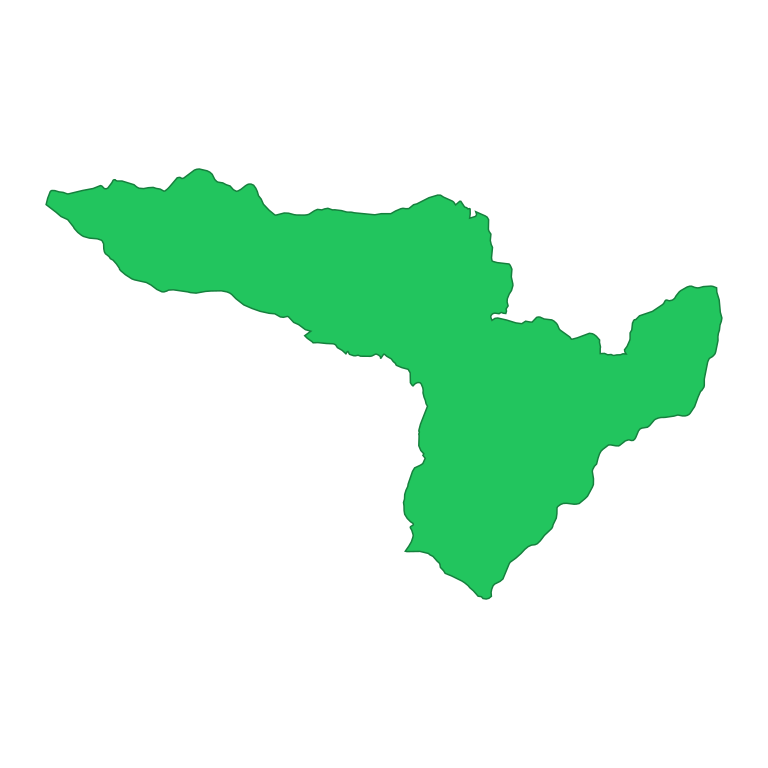 Sativasur, Boyacá, Colombia (Mercator projection)
{"feature_id": "7082276B82501132437521", "entity_name": "Sativasur", "entity_type": "district", "adm_level": 2, "iso_a3": "COL", "parent_name": "Colombia", "parent_adm1": "Boyacá", "projection": "mercator", "projection_center": [-72.718, 6.063], "detail": "fine", "context": "isolated", "style": "filled", "palette": "green", "viewbox_px": 768, "rotation_deg": 0, "n_neighbors": 0, "source": "geoboundaries", "source_scale": "gbopen_adm2", "svg_char_len": 6110}
<svg xmlns="http://www.w3.org/2000/svg" viewBox="0 0 768 768"><path d="M491.4,596.3L491.1,592.4L491.7,589.3L493.0,585.9L494.6,584.1L500.0,581.4L502.9,579.0L509.1,564.0L510.1,562.3L516.1,557.9L521.0,553.5L524.8,549.4L528.2,546.6L531.5,545.1L535.0,544.7L537.3,543.7L540.3,540.8L544.4,535.4L551.7,528.5L552.6,526.8L553.1,524.7L556.3,518.1L556.9,513.7L557.0,507.8L557.8,506.5L560.7,504.4L563.4,503.4L566.8,503.3L574.1,504.2L576.3,504.1L579.2,503.5L585.3,498.4L587.5,496.2L592.4,487.1L593.4,484.5L593.5,478.8L592.3,471.4L592.6,469.7L594.4,466.3L596.6,464.0L598.0,458.3L599.5,453.9L601.0,451.2L602.9,449.3L608.5,445.0L610.7,444.9L615.7,445.8L618.5,445.9L619.5,445.5L625.3,440.9L628.3,439.9L629.3,439.9L631.2,440.5L633.2,440.4L634.6,439.3L635.7,437.6L638.5,430.9L640.1,428.9L641.9,428.1L647.5,427.2L649.6,425.6L654.4,419.9L655.7,419.1L658.4,418.0L660.9,417.5L664.9,417.4L674.0,416.1L677.8,415.0L682.4,415.9L685.2,415.9L687.2,415.4L688.9,414.5L690.1,413.3L694.6,406.6L698.0,397.2L700.5,391.5L701.8,390.4L704.0,387.0L704.3,385.3L704.3,379.2L704.7,377.0L707.7,361.9L708.7,359.6L709.4,358.4L712.4,356.6L713.6,355.5L715.0,353.8L715.7,351.8L718.0,340.5L717.9,336.7L718.4,333.3L719.4,330.3L720.0,325.0L721.3,321.4L721.9,318.0L720.3,312.2L719.2,300.0L716.8,292.1L716.6,287.8L713.0,286.4L711.0,286.1L703.4,286.6L699.0,287.8L697.3,287.9L694.7,287.4L691.6,286.2L689.7,286.2L687.1,287.0L680.8,290.6L679.2,291.9L676.1,295.8L674.6,298.4L672.4,300.1L669.2,300.8L667.0,300.1L666.0,300.1L665.2,300.7L663.6,303.6L662.1,304.9L652.4,311.4L639.5,315.8L635.9,319.5L634.3,319.8L633.2,321.3L633.1,322.2L632.5,323.0L631.8,329.9L630.1,332.9L630.1,338.6L629.8,340.2L627.1,346.3L624.5,349.8L624.9,351.9L626.2,354.0L622.9,353.8L620.4,354.8L616.8,354.9L614.3,355.4L613.1,355.4L611.1,354.5L607.7,354.8L604.5,353.4L600.2,353.6L600.2,348.5L600.5,347.0L599.5,342.5L599.6,340.0L596.3,336.2L594.0,334.5L592.3,333.7L589.4,333.3L577.4,337.8L572.6,339.1L571.4,339.2L569.8,337.0L560.2,330.1L559.1,328.8L557.5,324.9L556.4,323.3L554.0,321.1L551.8,319.9L544.2,319.0L540.0,317.1L538.2,317.0L536.6,317.4L532.1,322.1L530.6,322.1L525.6,321.2L521.9,323.6L521.1,323.6L515.9,322.9L506.5,320.0L497.7,318.0L494.9,318.4L492.0,320.4L490.7,317.0L491.1,315.4L492.5,313.8L494.7,313.1L499.1,313.7L500.8,312.6L501.6,312.5L503.2,313.2L505.8,313.5L506.5,311.1L506.1,308.9L508.1,305.9L507.1,302.0L507.3,298.8L509.2,294.1L511.5,290.5L512.9,285.6L512.8,283.8L511.3,276.9L511.9,269.2L510.9,266.8L510.1,265.2L509.1,264.0L497.2,262.6L493.2,261.5L492.0,260.8L491.5,257.8L492.5,247.4L491.2,244.5L490.3,240.5L490.9,234.1L489.0,231.3L488.4,229.3L488.6,219.7L487.2,217.2L485.2,215.9L475.7,211.7L476.6,214.4L475.8,216.1L475.2,216.5L469.6,218.2L470.2,213.8L470.1,209.0L469.6,208.6L467.9,208.9L466.7,207.7L464.6,207.0L460.8,201.3L459.7,201.3L455.6,204.9L453.7,202.1L452.4,201.1L443.5,197.1L440.6,195.2L437.7,195.1L429.0,197.7L416.8,203.9L413.6,204.7L408.8,208.6L405.9,208.7L403.0,208.3L400.9,208.7L395.5,211.0L390.8,213.7L381.3,213.7L374.8,214.8L354.3,212.8L351.6,212.2L346.9,212.1L341.5,210.6L334.8,209.8L332.5,209.9L327.9,208.3L324.6,208.9L321.8,209.9L317.5,209.4L314.3,210.8L309.1,214.2L307.1,214.8L304.4,215.1L296.6,215.0L294.2,214.7L288.6,213.2L284.2,213.0L275.6,215.2L274.4,214.6L269.1,210.2L263.4,204.2L261.2,199.1L258.5,195.7L257.3,191.5L255.8,188.2L253.6,185.2L251.1,184.1L248.9,184.1L247.5,184.5L245.4,185.8L241.0,189.3L238.1,190.9L236.4,191.3L233.4,189.7L230.1,186.0L226.2,184.7L222.8,182.9L217.9,182.1L216.8,181.5L214.8,179.5L212.2,174.3L209.9,172.2L207.1,170.8L199.3,169.0L196.6,169.3L194.4,170.1L183.7,178.1L182.0,178.5L180.0,177.4L179.2,177.4L177.2,177.8L169.5,186.9L167.5,189.0L164.9,191.0L163.8,191.1L160.2,189.1L156.2,188.4L153.2,187.4L148.4,187.7L143.6,188.6L138.9,188.2L136.6,186.9L134.0,184.7L122.0,181.0L117.2,181.0L115.7,180.4L115.3,179.8L114.1,179.7L113.1,180.3L112.0,182.5L107.8,188.1L106.2,188.8L104.4,188.6L101.8,186.0L100.4,185.6L93.1,188.5L82.5,190.5L68.4,193.9L67.3,193.9L63.2,192.4L59.1,191.9L54.8,190.6L51.9,190.5L50.8,191.0L50.2,191.7L47.7,198.2L46.1,204.6L56.0,212.2L61.0,216.5L67.7,219.6L73.4,226.8L74.3,228.5L77.8,232.4L81.5,235.3L83.4,236.4L89.4,238.1L97.3,238.8L101.4,240.2L102.1,240.8L103.6,243.8L103.8,248.9L104.4,251.8L105.4,253.7L109.0,256.5L110.4,258.7L113.0,260.1L116.4,263.9L119.3,268.1L119.6,269.4L120.9,270.9L125.4,274.7L131.9,278.9L134.7,279.9L146.4,282.5L151.0,285.0L156.8,289.4L161.9,291.8L164.0,291.9L166.9,291.0L168.5,290.1L173.3,289.8L187.8,291.9L190.4,292.6L196.1,293.1L205.6,291.4L211.0,291.0L221.3,290.8L227.0,291.9L229.7,293.0L231.7,294.4L235.9,298.7L243.8,304.9L252.1,308.5L260.1,311.3L269.2,313.3L274.8,313.8L280.3,316.9L283.4,317.3L287.3,316.4L288.4,316.7L293.7,322.4L298.6,324.6L305.3,329.6L310.8,331.2L304.7,335.7L307.3,338.3L312.1,341.7L313.1,342.8L317.9,342.6L326.4,343.5L333.4,343.8L335.6,344.8L337.4,347.6L342.2,350.4L345.9,353.8L347.2,351.7L347.9,351.5L349.5,354.3L353.6,355.7L355.4,355.8L358.1,355.2L360.6,356.2L370.2,356.3L371.8,356.0L375.6,354.1L376.4,354.1L378.6,355.1L380.3,356.5L380.6,358.1L381.0,358.1L383.6,354.3L384.5,354.3L386.8,356.3L391.3,358.9L393.2,361.5L395.4,363.4L396.1,365.0L396.8,365.5L401.8,367.6L408.1,369.3L410.2,372.8L410.4,382.7L411.8,384.9L413.0,385.9L414.9,383.9L416.6,382.9L418.1,382.5L420.3,382.8L421.3,384.1L422.8,387.8L423.2,390.4L423.0,392.9L424.1,397.3L425.3,400.3L426.1,403.8L427.5,406.2L420.5,424.1L418.9,430.2L418.9,431.3L419.4,432.0L418.8,434.1L419.1,435.7L418.8,445.7L420.8,450.5L423.8,453.8L422.9,455.4L425.2,458.3L422.8,463.6L420.4,465.2L414.6,467.9L412.5,471.4L408.1,484.2L407.8,486.4L406.0,490.2L404.7,494.5L404.5,499.1L403.5,502.5L404.0,505.8L404.1,510.6L404.7,514.3L407.3,518.5L410.6,521.8L412.9,523.3L413.3,524.0L413.3,524.7L412.7,525.3L410.5,526.7L410.3,527.7L411.8,530.3L413.1,534.7L413.2,535.8L412.8,537.5L411.4,541.7L408.8,546.2L405.3,551.2L406.9,551.6L420.0,551.4L428.5,553.5L429.7,554.7L433.0,556.4L437.2,561.2L439.4,563.2L439.9,564.2L440.4,567.4L443.7,570.9L445.2,573.4L451.3,575.8L461.9,581.0L464.4,582.6L468.1,585.6L469.9,587.8L473.4,590.8L478.1,596.2L481.4,596.7L483.0,598.5L486.2,599.0L488.9,598.3L491.4,596.3Z" fill="#22c55e" stroke="#15803d" stroke-width="1.5"/></svg>